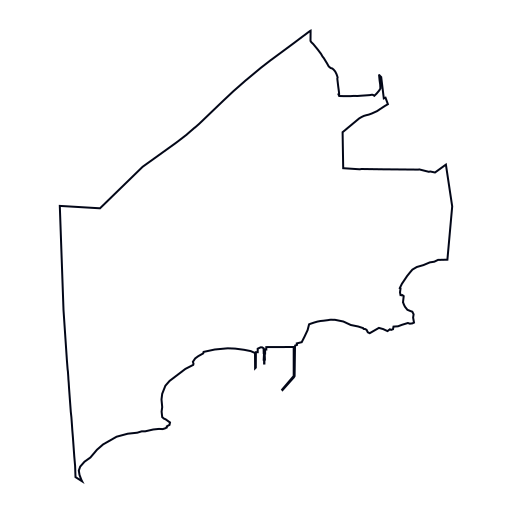 Salina Cruz, Oaxaca, Mexico
{"feature_id": "50627088B37536515094098", "entity_name": "Salina Cruz", "entity_type": "district", "adm_level": 2, "iso_a3": "MEX", "parent_name": "Mexico", "parent_adm1": "Oaxaca", "projection": "natural_earth1", "projection_center": [-95.202, 16.19], "detail": "fine", "context": "isolated", "style": "outline", "palette": "ink", "viewbox_px": 512, "rotation_deg": 0, "n_neighbors": 0, "source": "geoboundaries", "source_scale": "gbopen_adm2", "svg_char_len": 3217}
<svg xmlns="http://www.w3.org/2000/svg" viewBox="0 0 512 512"><path d="M379.0,74.5L379.2,76.2L379.6,80.4L380.2,84.6L380.4,88.5L379.2,90.5L376.6,93.6L374.3,95.8L373.4,95.1L372.1,94.7L369.8,95.1L367.1,95.3L361.2,95.7L357.4,96.0L353.9,95.9L350.9,96.1L346.4,96.1L342.6,96.1L339.2,96.0L338.5,94.4L339.1,94.2L339.1,93.8L339.0,92.3L338.2,86.3L337.3,78.7L337.6,77.4L337.1,75.8L336.5,74.1L335.2,71.5L333.6,69.6L332.3,68.5L330.6,68.0L328.7,66.4L326.7,62.8L326.6,62.7L323.8,58.1L322.5,56.5L321.1,54.0L317.8,49.6L313.2,44.0L311.3,42.2L310.5,40.9L310.6,31.1L310.6,30.7L310.2,30.9L308.5,32.1L301.8,37.1L294.0,43.0L271.4,59.7L270.5,60.3L270.3,60.5L261.0,67.7L246.7,79.6L245.8,80.3L245.0,81.0L244.0,81.9L233.4,91.2L223.4,100.6L199.1,123.9L199.0,124.0L194.9,127.6L194.7,127.6L187.7,133.7L186.8,134.5L186.5,134.8L185.3,135.7L176.3,142.6L142.6,166.8L100.0,208.3L59.8,205.9L63.5,310.0L66.9,360.3L67.6,369.2L67.9,371.4L68.3,377.1L68.4,379.1L68.7,382.7L69.0,387.5L69.7,397.1L70.1,402.5L70.8,411.9L71.4,417.3L72.0,425.6L72.3,430.1L72.9,437.3L74.2,455.4L74.2,455.6L75.1,465.9L75.5,477.1L82.1,481.3L81.3,479.7L79.5,474.9L78.8,470.6L80.2,466.6L84.5,461.7L90.4,457.5L97.0,449.7L103.1,444.4L116.6,436.7L127.8,433.7L137.3,432.7L141.8,431.3L145.3,431.3L153.2,429.5L159.0,428.9L162.7,429.1L165.0,428.4L166.8,427.5L166.8,426.4L168.0,425.7L169.5,424.9L170.0,422.5L165.6,419.3L163.9,418.6L162.2,417.1L161.6,411.6L162.2,407.1L161.5,399.4L162.2,393.8L165.4,385.7L169.6,380.9L185.4,368.9L193.2,364.9L193.5,363.8L192.9,361.8L195.2,358.4L198.2,356.2L203.2,353.4L203.6,351.9L214.8,349.5L227.7,348.3L235.1,348.6L244.1,349.8L250.7,351.1L255.0,353.0L255.1,368.3L255.8,367.6L255.9,352.2L257.7,352.2L257.7,348.7L260.7,347.3L262.2,347.4L263.6,348.3L263.7,353.5L264.0,353.9L263.7,359.4L264.1,359.3L264.1,363.5L264.4,363.5L264.4,359.3L264.9,359.4L264.7,353.8L265.1,353.7L265.1,349.4L266.3,349.5L266.3,347.1L293.7,347.0L293.7,376.0L282.1,389.6L282.5,390.1L293.9,377.3L294.6,376.1L295.0,346.4L295.2,345.5L295.9,345.3L297.0,344.9L296.8,343.4L300.8,342.4L301.7,342.2L304.5,336.7L307.6,330.1L309.1,324.3L310.7,323.7L312.5,323.1L314.3,322.5L317.4,321.6L320.5,321.0L323.6,320.7L328.2,320.1L329.8,319.8L331.3,319.7L332.9,319.8L333.9,319.8L334.9,319.8L336.4,320.1L343.3,321.5L345.7,322.6L346.7,323.1L347.6,323.5L350.8,325.0L358.2,326.5L363.1,328.1L363.6,328.9L365.3,329.1L366.6,329.9L367.8,332.3L369.7,333.2L378.9,327.9L383.2,329.1L387.5,331.1L389.9,329.3L391.1,329.9L393.0,329.2L393.5,326.6L398.0,326.3L402.0,324.8L407.9,323.0L409.8,323.7L412.3,323.4L414.0,322.6L413.1,317.6L413.6,314.3L412.3,311.7L410.3,311.0L407.4,309.8L405.0,306.8L403.9,304.6L403.2,302.7L403.0,302.4L403.7,296.1L402.4,295.1L401.4,295.3L401.0,294.9L400.5,295.0L400.0,292.4L400.5,288.5L399.8,288.1L401.9,283.8L407.2,275.9L410.1,272.3L412.4,269.6L416.8,267.0L423.4,265.1L429.8,262.4L434.3,261.7L438.0,259.9L447.4,259.7L447.7,256.3L452.2,206.4L445.9,164.6L435.0,172.5L430.3,171.5L428.8,171.8L419.2,169.4L418.4,169.6L382.6,169.3L361.4,169.0L359.8,169.3L343.2,168.2L342.6,132.2L359.2,118.4L361.6,117.0L363.9,115.9L366.3,115.2L368.8,114.6L371.8,113.5L377.1,111.1L380.2,109.0L384.8,106.0L387.9,104.2L385.5,97.7L383.8,98.4L381.2,77.1L379.5,75.4L379.0,74.5Z" fill="none" stroke="#020617" stroke-width="2"/></svg>